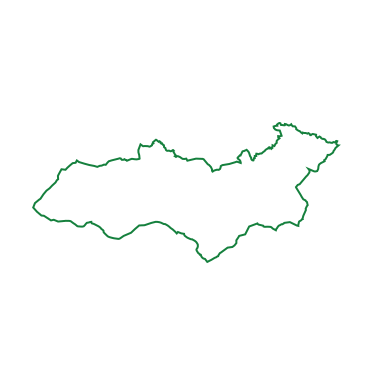 Dorna Candrenilor, Suceava, Romania (orthographic projection), rotated 69°
{"feature_id": "2599482B89880311826844", "entity_name": "Dorna Candrenilor", "entity_type": "district", "adm_level": 2, "iso_a3": "ROU", "parent_name": "Romania", "parent_adm1": "Suceava", "projection": "orthographic", "projection_center": [25.224, 47.307], "detail": "fine", "context": "isolated", "style": "outline", "palette": "green", "viewbox_px": 384, "rotation_deg": 69, "n_neighbors": 0, "source": "geoboundaries", "source_scale": "gbopen_adm2", "svg_char_len": 6012}
<svg xmlns="http://www.w3.org/2000/svg" viewBox="0 0 384 384"><g transform="rotate(69 192 192)"><path d="M262.7,202.8L262.3,198.4L261.6,194.4L261.6,192.9L261.3,192.0L261.3,190.6L260.9,190.4L259.1,188.0L258.9,186.8L256.7,178.7L257.8,174.0L257.1,171.5L255.6,168.9L253.0,167.9L250.9,164.9L249.9,163.7L250.6,157.5L244.7,151.0L244.8,142.2L245.5,142.1L246.3,141.5L248.5,138.3L249.0,137.6L249.8,137.6L250.5,136.7L251.7,133.4L252.7,131.2L253.4,130.5L255.1,129.7L257.8,127.4L256.6,126.4L256.3,125.7L255.5,124.7L254.8,123.6L254.5,122.7L254.5,121.8L254.3,120.8L254.2,119.8L254.5,119.3L254.5,118.9L254.3,118.2L254.3,117.7L254.1,117.4L253.9,116.9L255.2,111.4L260.9,106.1L261.7,104.9L261.0,104.7L259.7,103.8L258.6,103.1L258.2,102.8L257.9,102.4L257.7,101.2L257.5,100.1L257.3,99.7L256.8,99.0L256.9,98.4L256.6,98.4L254.1,96.6L249.6,92.1L248.4,91.9L246.5,90.0L245.7,88.7L243.9,88.5L243.1,88.3L242.5,88.3L241.4,88.9L240.4,89.1L239.6,89.9L238.7,90.7L237.5,91.0L236.8,91.1L236.6,91.1L236.3,91.2L236.2,91.3L233.7,91.6L225.1,93.2L224.7,93.2L223.3,90.8L223.3,88.7L218.4,79.8L217.8,78.3L215.8,75.4L215.0,74.9L213.6,74.6L212.2,75.0L216.3,70.8L216.9,69.9L217.2,68.7L217.3,67.6L215.7,65.9L213.5,64.8L212.2,63.8L211.7,63.0L211.2,61.2L210.8,57.2L209.7,57.2L209.6,56.7L209.2,55.5L208.0,54.1L207.5,53.4L206.8,52.7L206.0,52.1L206.7,50.1L206.1,47.5L205.8,46.5L205.3,45.8L204.5,45.2L203.5,43.6L202.3,42.2L201.0,38.6L200.8,39.0L200.1,39.6L198.8,40.1L197.8,39.6L197.0,38.6L196.6,38.2L196.2,38.6L196.1,39.3L196.5,39.6L196.9,40.1L196.7,41.3L196.2,41.7L196.2,41.9L196.1,42.5L196.4,43.3L196.3,43.6L195.9,44.5L195.0,45.7L194.6,47.2L193.4,48.5L191.9,48.6L191.1,48.9L190.2,49.3L189.9,49.9L189.5,50.2L189.2,51.1L188.8,51.5L188.0,52.1L186.9,52.3L185.9,53.1L186.5,55.5L184.3,56.2L183.9,56.2L183.3,55.7L183.0,55.6L181.1,58.5L181.2,60.0L181.1,60.3L180.9,60.8L181.4,60.9L181.3,61.2L180.6,61.4L180.1,61.4L179.7,61.5L178.7,62.3L178.9,63.3L178.3,63.9L177.6,64.9L177.1,66.2L176.2,67.4L176.8,68.0L175.3,69.0L173.8,69.6L173.0,70.6L171.5,71.7L170.7,72.2L169.8,71.8L167.7,72.3L167.1,73.5L166.8,74.4L165.6,74.9L164.3,75.1L164.7,76.2L164.7,77.1L164.6,77.8L163.8,78.7L162.4,79.9L161.8,80.9L162.9,81.4L162.8,82.0L162.5,82.5L161.8,83.8L161.3,84.9L159.5,84.9L158.9,85.7L159.0,86.9L159.3,87.6L159.5,88.4L160.7,88.6L160.2,90.2L160.1,92.3L161.6,92.6L163.6,91.8L164.8,90.5L166.1,88.0L171.6,88.2L171.5,90.0L170.7,91.5L171.7,91.9L173.3,91.2L173.8,93.0L174.6,94.5L174.9,94.8L176.5,95.3L176.9,96.7L178.6,98.6L177.3,100.0L177.9,100.2L178.2,100.6L179.2,101.0L179.2,101.5L179.7,101.3L180.1,102.4L179.3,102.5L179.1,104.0L178.0,103.7L177.9,104.2L178.5,105.6L179.0,108.2L179.7,109.3L180.4,111.8L180.9,112.9L180.8,113.3L180.9,113.8L180.5,114.5L180.5,114.8L180.5,115.2L180.5,115.7L180.6,116.3L180.4,116.6L179.9,117.1L179.3,118.2L180.0,118.7L181.4,119.1L181.2,119.9L180.9,120.5L182.3,121.1L182.9,121.3L182.8,121.8L182.7,122.1L184.5,123.3L184.5,123.6L183.9,124.4L182.9,124.8L182.0,124.8L181.3,124.5L179.2,124.9L176.4,124.7L175.2,124.8L174.5,124.9L172.2,125.9L172.3,126.8L172.3,128.0L172.4,128.8L172.2,129.5L172.2,130.3L175.3,133.6L174.9,134.1L175.3,134.9L176.3,137.1L176.7,137.3L177.8,137.0L179.1,136.1L180.4,135.8L182.2,136.0L182.4,136.1L180.9,137.8L179.7,139.3L179.7,140.9L179.2,147.2L177.8,154.0L178.1,155.8L179.3,156.5L180.5,157.5L180.9,159.1L180.1,160.8L179.9,163.7L180.2,164.6L180.3,165.5L179.3,165.7L178.1,165.2L176.7,165.3L175.4,165.4L174.4,165.8L172.9,166.4L171.8,167.3L165.6,169.4L164.9,170.2L162.3,176.3L161.1,185.1L158.8,185.4L158.4,187.4L157.7,188.9L156.9,189.5L155.2,190.6L153.6,192.2L153.3,192.8L153.3,193.7L153.5,194.4L152.5,195.1L152.3,193.9L150.6,194.5L149.5,194.6L148.8,194.8L148.5,194.9L146.8,194.7L146.8,194.3L146.2,194.5L146.0,195.0L146.2,195.6L146.4,196.5L146.3,197.4L145.7,198.0L145.1,198.7L144.9,199.8L144.5,200.6L143.6,201.2L142.3,201.2L141.4,201.1L140.7,201.7L139.9,202.0L139.0,201.6L138.2,201.5L137.6,202.2L135.9,202.5L135.9,203.3L134.8,203.8L134.3,203.4L133.0,204.1L133.2,205.1L130.6,206.6L130.3,206.9L130.5,207.6L131.6,210.7L132.8,210.6L133.0,212.0L134.1,212.7L134.5,214.9L134.4,215.5L133.4,216.8L132.2,219.5L131.7,221.3L129.1,223.0L133.6,227.0L135.8,227.8L138.8,228.1L142.1,229.0L142.2,229.5L141.7,232.0L140.8,233.9L139.5,236.2L139.4,237.7L139.5,241.5L138.7,241.7L138.3,242.7L137.2,243.2L137.3,244.7L136.8,246.0L135.8,246.4L135.2,246.5L134.6,247.4L134.5,249.0L133.7,255.6L133.5,258.7L134.3,260.4L135.7,262.8L134.9,264.3L135.0,266.9L134.5,268.7L134.6,271.4L132.6,274.0L130.0,278.2L127.0,282.3L123.5,286.8L121.3,288.2L123.0,290.2L122.3,293.1L123.5,296.6L124.7,299.7L125.9,302.1L124.0,305.7L127.3,309.6L128.9,311.4L132.1,312.4L132.6,314.0L134.2,316.0L135.9,320.3L137.5,323.6L138.6,327.4L140.9,331.5L144.0,335.9L144.4,337.6L146.1,342.6L149.6,345.8L154.9,343.8L160.0,341.0L161.1,338.8L168.0,333.8L168.4,331.0L171.6,327.6L173.7,320.1L175.1,316.7L175.8,315.7L177.1,314.9L178.8,313.8L180.3,312.7L182.8,311.3L183.3,310.6L183.7,309.7L184.0,309.1L184.8,307.4L185.1,306.4L185.2,305.3L184.5,303.8L183.7,302.5L183.1,301.2L183.5,299.2L183.5,297.9L183.8,296.7L184.5,296.9L185.3,296.8L186.6,295.1L190.6,291.5L191.8,290.7L192.8,290.2L193.9,289.9L195.6,288.8L196.5,288.5L197.7,288.9L198.8,288.6L202.3,287.0L203.4,286.4L204.5,285.3L205.9,283.4L207.2,281.5L209.2,277.9L209.5,277.2L209.6,276.3L209.4,275.2L208.5,271.5L208.2,263.5L206.1,258.4L204.3,253.3L206.0,248.2L206.3,241.0L206.8,236.8L207.3,235.4L208.5,233.3L209.5,232.0L211.7,229.9L212.4,228.5L214.6,226.7L216.4,225.6L217.9,224.9L220.1,223.4L223.3,221.8L225.2,221.1L224.3,219.5L226.8,216.8L228.2,214.4L229.0,214.6L230.1,214.5L231.0,214.0L233.0,212.7L235.5,210.2L236.0,209.4L236.3,208.7L237.3,208.0L237.9,207.4L239.2,206.5L240.0,206.1L240.8,205.8L242.1,205.6L243.0,205.4L244.8,206.0L246.1,206.9L246.2,207.2L247.1,208.3L247.6,208.6L248.7,208.6L249.8,208.3L250.4,208.3L251.1,208.1L251.3,208.0L252.0,207.5L252.6,207.3L253.3,207.2L253.4,206.5L253.7,206.3L254.1,206.2L255.1,206.4L255.6,206.3L256.3,206.2L257.2,205.8L258.2,205.2L259.1,203.9L259.6,203.7L260.0,203.6L262.7,202.8Z" fill="none" stroke="#15803d" stroke-width="2"/></g></svg>